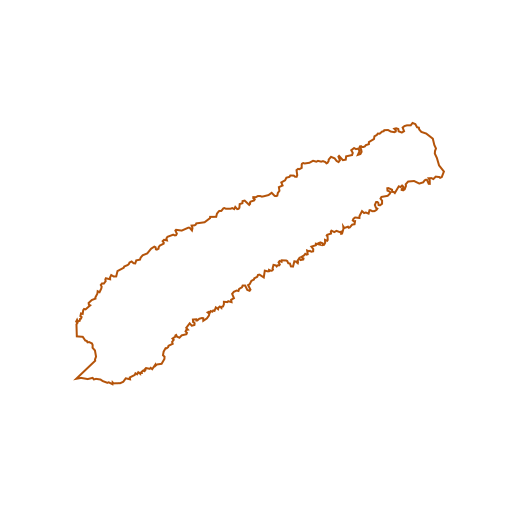 the district of Itarumã, Goiás, Brazil, rotated 294°
{"feature_id": "56859067B5500678959549", "entity_name": "Itarumã", "entity_type": "district", "adm_level": 2, "iso_a3": "BRA", "parent_name": "Brazil", "parent_adm1": "Goiás", "projection": "orthographic", "projection_center": [-51.292, -18.891], "detail": "fine", "context": "isolated", "style": "outline", "palette": "amber", "viewbox_px": 512, "rotation_deg": 294, "n_neighbors": 0, "source": "geoboundaries", "source_scale": "gbopen_adm2", "svg_char_len": 6142}
<svg xmlns="http://www.w3.org/2000/svg" viewBox="0 0 512 512"><g transform="rotate(294 256 256)"><path d="M437.1,361.7L436.6,356.6L438.0,353.6L439.5,352.6L439.1,350.8L441.3,347.9L441.2,344.9L438.3,344.2L436.8,340.8L435.1,338.8L433.0,337.7L430.2,340.5L428.1,339.0L427.9,335.6L429.9,334.3L429.7,332.1L428.5,330.6L427.6,332.7L426.5,333.0L425.4,332.1L424.5,328.5L424.8,325.4L423.1,322.0L421.9,321.9L421.0,320.6L418.0,319.2L417.4,317.5L415.6,317.1L413.5,315.5L410.9,316.2L406.0,312.8L404.1,313.6L401.9,311.2L400.4,310.9L399.2,309.7L398.7,308.5L399.1,307.4L398.5,306.4L397.4,306.4L396.4,308.5L394.1,310.1L391.6,309.9L389.8,307.9L393.6,307.9L394.6,307.3L395.5,305.5L394.3,303.8L394.5,301.7L391.4,300.0L389.5,302.5L387.3,302.7L383.7,297.8L380.5,298.8L378.9,296.4L381.2,291.2L380.3,290.9L377.6,293.7L375.4,293.2L375.6,291.0L377.2,288.1L377.1,284.2L373.7,283.2L372.2,283.7L370.1,283.4L369.3,282.7L370.0,281.2L369.9,278.6L368.7,277.2L368.1,273.9L366.7,272.8L366.2,269.4L362.9,266.9L360.3,262.8L360.1,261.3L359.0,260.5L358.0,260.6L355.1,261.9L352.9,260.3L352.7,259.0L350.9,258.1L346.6,260.8L344.9,260.9L344.3,259.4L344.8,257.8L343.5,254.6L341.9,254.4L339.9,251.9L337.0,251.8L333.5,249.2L331.2,251.6L328.2,248.9L325.1,250.9L322.5,250.3L319.8,250.9L318.9,250.0L318.5,248.6L320.1,244.6L316.8,242.7L313.7,238.8L312.6,237.2L312.5,235.5L311.5,233.3L309.6,231.9L308.7,229.6L307.7,230.0L307.2,231.8L306.0,231.7L303.5,229.0L302.4,228.7L301.2,229.4L299.9,229.0L302.0,223.1L300.7,221.4L298.7,222.1L296.8,220.0L293.3,221.2L292.0,220.9L291.2,219.8L292.4,217.1L290.0,217.0L290.1,214.8L288.8,213.5L286.9,209.2L286.9,207.5L286.2,206.8L283.1,206.0L282.2,204.1L281.1,203.7L278.8,203.1L275.6,203.7L273.1,198.2L271.9,198.6L265.9,195.3L261.5,188.2L260.2,188.2L259.0,187.4L257.6,184.8L255.7,186.6L253.3,187.1L254.8,183.9L254.4,182.7L249.0,177.8L247.4,172.3L246.5,172.0L244.2,174.6L242.5,174.5L241.8,173.5L241.8,171.7L237.5,167.3L235.6,167.0L234.0,168.3L233.4,165.4L231.6,164.7L230.7,166.3L229.7,166.6L226.4,163.9L224.5,163.5L223.0,164.0L221.5,162.8L221.4,161.8L223.1,160.7L223.2,159.3L220.0,157.2L214.1,155.6L210.6,152.2L207.6,151.3L205.5,151.5L203.3,148.4L200.1,148.7L199.6,147.1L200.4,144.6L198.6,143.1L196.8,143.1L195.5,142.4L192.8,139.9L191.4,139.9L185.9,135.6L180.5,136.6L179.4,134.4L179.7,131.5L177.0,131.4L175.4,132.2L174.6,127.9L173.3,127.9L171.8,128.9L168.9,128.2L168.3,126.5L166.4,126.0L165.2,127.5L163.3,127.9L159.3,127.8L159.4,125.7L157.1,126.4L152.8,126.1L151.8,126.7L149.0,123.9L145.0,122.2L143.6,123.1L143.5,124.6L137.9,122.0L137.7,120.5L136.2,120.2L132.6,121.2L132.4,119.5L129.7,120.0L129.3,121.5L127.6,121.6L126.8,120.8L125.1,121.3L123.7,119.7L124.9,118.5L123.0,118.4L122.3,120.1L120.5,119.8L109.7,125.0L111.7,130.6L109.3,134.5L109.6,135.9L108.6,137.2L109.5,138.6L109.4,141.7L108.2,143.0L105.7,144.0L104.2,147.3L99.0,150.8L96.0,151.0L94.9,151.7L70.7,141.7L73.5,145.8L75.1,152.3L78.2,156.3L77.3,158.1L78.7,159.8L79.9,164.2L79.4,166.8L79.7,171.8L80.7,172.8L80.5,177.0L82.2,176.4L81.7,177.6L84.6,183.7L87.1,185.9L91.3,186.8L92.1,191.1L93.7,190.1L98.0,193.6L99.8,193.6L99.6,195.5L101.9,195.7L101.3,198.0L102.1,197.6L102.7,199.2L103.6,198.6L105.3,199.4L105.4,201.0L106.8,201.3L106.9,200.4L108.9,201.1L109.7,204.8L111.0,205.3L110.4,207.2L115.7,208.2L114.8,208.8L116.6,209.6L119.1,213.6L124.7,214.2L126.8,213.4L127.5,211.4L131.1,210.5L135.0,210.9L135.2,211.8L137.0,212.8L138.4,212.6L141.9,215.6L143.4,214.3L145.9,214.9L146.6,213.3L149.3,215.0L150.7,214.7L151.4,215.2L150.2,216.6L150.2,219.3L153.3,220.4L156.2,224.2L157.7,224.2L158.5,222.3L160.1,222.4L161.0,223.7L162.0,221.5L167.5,222.8L166.2,225.7L167.9,227.8L169.3,227.4L170.1,226.7L170.1,225.4L172.3,224.2L173.9,227.2L172.8,227.8L173.2,228.6L175.6,229.7L177.4,231.9L177.7,233.1L175.4,234.2L179.0,236.5L182.4,237.2L184.2,236.9L184.8,234.8L186.0,235.8L186.0,237.0L187.3,237.1L187.4,238.8L188.9,239.1L189.0,240.4L192.7,240.2L192.0,243.0L193.6,242.7L195.1,243.5L194.5,245.5L195.5,245.2L196.5,246.4L198.8,246.3L201.1,245.3L202.3,248.7L203.4,249.0L203.9,252.4L205.9,251.1L208.5,253.0L211.7,249.6L214.3,250.3L216.6,252.4L216.9,254.2L219.1,254.0L221.7,255.9L223.6,255.8L224.6,258.1L221.5,261.8L221.6,264.3L223.0,264.6L226.2,260.6L227.7,261.7L231.4,261.9L233.7,263.7L234.9,263.5L237.5,265.6L239.5,265.5L240.4,266.8L239.6,271.8L246.2,270.0L246.8,273.2L247.4,274.1L248.6,273.6L248.6,275.8L249.5,276.8L250.6,277.0L251.3,276.2L255.0,275.6L255.5,278.0L254.9,279.1L256.3,279.6L256.9,281.0L257.9,281.2L259.4,279.2L261.0,279.6L261.1,281.7L262.5,281.2L264.2,285.5L264.1,286.6L262.5,288.4L262.9,290.1L260.7,292.1L261.4,294.1L266.8,293.2L267.1,294.7L266.4,297.1L267.5,296.9L268.6,295.9L271.5,296.4L270.4,298.3L272.0,300.6L273.1,300.4L273.4,297.7L276.0,299.6L278.0,300.1L277.8,301.6L278.6,302.5L281.8,300.5L281.9,302.4L282.6,303.1L282.4,304.8L283.5,306.3L285.6,305.5L287.1,302.8L290.2,306.3L291.6,305.7L292.4,309.9L293.4,308.1L294.6,309.3L294.7,311.7L293.2,312.6L293.9,313.6L296.2,313.8L298.8,312.5L298.8,314.8L299.8,315.0L303.0,313.4L303.4,312.3L304.3,312.4L307.0,315.4L308.8,314.4L309.8,314.6L309.7,317.8L311.7,319.3L311.9,323.0L312.7,323.7L310.9,324.8L311.5,325.5L316.5,324.8L318.5,323.7L317.5,325.3L320.2,328.1L319.5,329.1L320.2,330.0L323.8,331.1L325.1,333.1L328.1,332.3L327.5,331.1L327.9,329.9L329.7,329.9L331.5,330.9L332.8,335.0L334.6,334.3L340.1,334.6L339.2,337.3L340.4,338.6L340.5,341.6L344.0,341.1L344.4,342.0L344.2,344.0L345.2,346.0L347.1,347.3L348.6,347.6L348.8,346.0L351.0,343.8L354.2,343.8L354.7,345.0L354.3,346.1L352.4,347.3L352.8,348.7L355.0,349.9L357.8,348.7L359.1,346.4L361.0,346.6L364.5,351.8L367.3,352.9L368.6,352.9L369.2,352.0L369.2,349.5L371.3,348.4L371.9,349.3L371.9,353.3L370.0,354.3L370.5,355.8L370.0,357.2L377.7,358.1L377.8,360.0L379.8,360.8L379.3,362.3L378.2,362.8L376.5,361.9L375.6,362.2L375.9,363.8L377.4,364.7L381.0,364.5L382.4,363.6L385.9,364.7L388.8,369.9L388.6,375.7L391.3,378.8L393.7,379.3L394.9,380.3L395.0,381.3L392.2,384.4L392.6,385.4L396.0,383.8L397.2,382.1L398.5,384.6L398.4,386.7L401.6,387.9L402.7,391.4L402.3,392.4L403.7,393.6L409.6,393.3L413.2,386.4L419.1,381.4L422.3,377.7L424.8,376.8L427.4,376.7L430.0,373.7L435.1,369.8L437.1,361.7Z" fill="none" stroke="#b45309" stroke-width="2"/></g></svg>